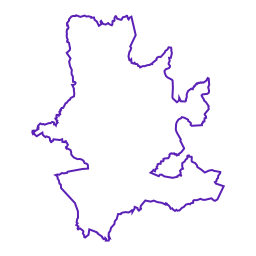 outline of Huehuetlán el Grande, Puebla, Mexico
{"feature_id": "50627088B86745888605421", "entity_name": "Huehuetlán el Grande", "entity_type": "district", "adm_level": 2, "iso_a3": "MEX", "parent_name": "Mexico", "parent_adm1": "Puebla", "projection": "natural_earth1", "projection_center": [-98.149, 18.758], "detail": "fine", "context": "isolated", "style": "outline", "palette": "violet", "viewbox_px": 256, "rotation_deg": 0, "n_neighbors": 0, "source": "geoboundaries", "source_scale": "gbopen_adm2", "svg_char_len": 5755}
<svg xmlns="http://www.w3.org/2000/svg" viewBox="0 0 256 256"><path d="M188.8,155.4L187.5,155.8L187.2,156.4L187.4,157.8L187.0,158.7L185.9,159.3L184.6,161.5L182.3,163.1L182.2,166.6L183.0,168.7L181.3,169.3L180.0,170.9L180.7,172.7L180.4,173.7L181.2,175.4L181.0,175.7L179.4,175.0L177.5,176.0L177.4,176.8L172.7,177.8L164.3,176.4L161.8,174.7L159.9,174.7L158.8,176.2L150.6,172.7L153.1,170.7L153.4,170.0L155.0,171.2L155.6,169.0L157.2,168.4L156.6,166.9L157.5,165.8L157.6,164.3L159.1,163.7L160.6,163.8L161.0,161.4L163.2,161.2L163.6,160.1L163.3,159.1L164.3,158.5L168.3,158.2L169.6,156.1L169.4,154.7L170.3,153.7L171.4,153.3L172.0,153.8L174.0,153.3L174.4,154.1L175.3,154.0L175.4,154.5L176.1,154.2L176.9,155.4L177.8,154.6L178.7,154.9L178.9,153.8L181.1,152.4L183.9,148.9L184.1,148.3L180.3,140.8L180.8,139.5L176.7,132.3L175.8,129.6L176.1,124.1L176.9,121.9L178.5,119.5L180.9,118.3L181.9,117.1L184.5,117.8L188.1,119.7L188.2,120.9L190.6,122.7L190.9,123.6L190.6,124.8L191.7,125.8L201.9,125.2L202.0,123.4L203.0,122.6L203.1,121.6L204.4,121.4L204.6,118.3L206.1,117.8L205.9,116.3L204.7,114.6L204.7,114.0L208.7,109.2L208.4,107.0L208.7,106.2L205.8,102.0L204.1,100.6L203.7,99.1L202.0,96.5L201.6,95.3L202.5,94.4L207.2,93.9L208.5,93.0L209.0,92.0L209.0,90.5L208.2,87.1L209.2,84.9L208.7,78.5L207.8,78.1L207.4,79.6L206.8,79.5L206.5,80.5L203.5,82.6L202.2,82.4L201.5,82.8L200.8,82.4L199.6,83.0L198.8,82.7L197.8,83.5L197.2,83.2L196.7,84.2L196.2,84.0L195.4,84.8L194.9,86.0L193.9,86.4L194.0,86.9L192.9,88.3L192.8,89.2L192.3,89.2L191.8,88.6L190.9,88.9L188.0,91.1L186.7,94.3L186.8,96.7L186.3,98.6L185.8,99.3L186.1,100.1L185.7,101.1L185.1,101.5L180.9,101.3L179.2,97.7L179.0,100.6L176.9,102.2L172.9,98.5L172.4,97.1L172.9,87.8L172.6,80.6L171.9,79.7L167.5,77.4L166.0,76.0L164.8,73.0L164.5,71.1L165.7,69.3L168.9,68.1L170.0,66.8L169.9,65.8L168.7,64.2L168.6,63.4L169.7,60.8L169.1,57.8L170.8,57.8L171.9,53.1L171.2,50.2L171.4,49.5L171.1,47.7L168.6,47.3L167.5,49.5L165.4,50.9L164.8,52.5L160.7,57.0L158.8,56.8L157.1,57.6L156.4,58.9L156.6,59.7L152.3,63.0L152.2,64.1L150.8,64.1L149.5,65.0L147.1,65.2L145.1,66.1L142.8,66.1L140.1,67.4L139.5,66.2L138.1,65.9L138.1,65.2L137.2,64.1L135.5,64.0L134.6,62.8L133.8,63.6L131.5,62.8L131.2,59.4L130.2,60.5L129.4,60.2L128.5,56.3L129.4,51.9L130.3,50.7L131.2,48.0L130.2,46.5L135.7,35.1L131.4,16.7L129.5,17.8L128.6,19.4L128.1,18.8L127.1,15.9L126.6,15.8L125.8,16.5L122.8,17.3L121.5,19.7L120.9,19.8L117.2,18.7L116.1,16.4L115.5,16.2L114.5,18.0L114.5,20.6L113.8,21.2L112.9,20.9L112.5,21.3L112.4,24.3L111.8,25.3L109.4,24.3L108.2,23.1L105.8,24.5L104.0,24.2L102.8,23.6L101.1,20.9L100.6,21.4L101.3,24.1L98.9,25.8L96.8,21.5L94.6,19.8L94.0,17.5L91.3,17.8L91.2,17.0L88.7,16.3L86.4,16.5L84.7,15.6L80.3,16.9L76.6,15.4L75.9,15.4L75.6,16.0L72.9,16.0L71.3,16.6L69.0,19.4L69.0,20.6L67.0,23.1L67.1,25.1L67.6,24.8L68.5,27.5L67.8,29.1L67.1,29.3L66.6,32.0L67.0,33.9L66.7,34.5L66.8,37.5L67.8,39.9L67.0,41.2L67.4,42.1L68.3,42.1L69.0,43.0L70.1,48.7L69.7,50.2L66.7,52.9L70.5,58.4L69.1,61.7L70.1,66.3L71.8,69.9L71.5,72.9L71.7,74.5L72.8,76.2L73.0,81.7L74.8,81.9L75.6,82.9L75.0,84.1L73.7,84.9L72.2,84.9L74.0,88.8L73.8,90.1L74.3,93.4L74.0,96.3L70.7,98.0L69.9,99.7L68.6,100.3L66.6,102.9L65.6,103.2L63.2,107.9L61.6,108.0L61.0,109.0L61.1,109.9L60.1,110.2L60.4,111.6L59.4,112.0L60.2,114.3L59.3,114.6L58.8,115.7L58.0,114.8L56.6,114.9L56.4,116.4L56.9,117.6L55.5,118.4L56.1,119.1L55.9,119.5L57.3,120.6L56.7,121.9L57.6,122.6L56.2,124.1L55.9,125.4L55.3,124.6L54.0,124.4L54.1,123.0L53.7,122.3L52.0,122.0L50.5,123.2L48.9,123.1L44.7,124.7L43.5,124.0L42.0,124.3L40.3,123.5L38.1,125.7L37.9,126.6L38.5,127.1L38.4,128.8L37.4,128.5L37.3,129.7L35.2,130.9L34.1,130.6L33.9,131.4L32.6,130.9L32.3,132.4L33.0,134.1L34.2,133.3L34.2,134.1L36.7,136.2L42.4,132.6L42.8,134.8L44.2,136.2L45.5,137.1L46.3,136.4L49.1,137.3L49.9,138.5L50.0,140.4L51.0,142.1L51.5,142.1L51.8,141.0L53.0,140.8L53.5,139.3L59.8,140.0L62.2,139.3L62.4,141.9L64.6,142.2L65.1,142.2L64.6,141.6L65.8,141.1L67.9,144.7L67.0,146.4L65.9,147.2L66.0,147.8L66.7,148.8L67.7,148.5L70.5,150.1L71.1,151.8L71.3,154.6L73.7,157.4L77.4,159.1L79.9,159.0L82.1,159.7L83.6,160.9L84.5,163.0L86.8,163.8L87.8,164.8L88.1,168.6L82.4,169.0L68.2,171.6L67.5,171.9L67.2,172.8L63.7,173.4L62.0,173.0L59.3,174.7L57.4,174.5L55.6,175.1L56.7,175.7L57.7,177.3L57.6,178.5L58.8,180.3L59.5,183.6L60.8,184.6L61.1,188.1L74.9,203.0L77.9,211.3L78.0,217.8L77.2,219.0L76.6,222.4L77.6,223.3L76.3,225.0L78.4,226.4L77.5,228.6L78.1,229.4L80.0,228.4L83.0,230.7L83.4,231.6L82.9,233.3L84.3,235.7L84.2,236.9L85.1,237.5L88.5,234.8L89.3,229.4L96.5,232.1L96.5,232.4L97.7,233.0L97.8,233.7L102.1,236.6L102.2,237.6L103.1,238.2L103.5,239.1L105.2,238.8L105.3,238.1L106.2,239.1L105.8,240.6L108.6,240.6L109.3,239.3L108.8,237.3L109.6,237.7L108.7,235.6L108.8,232.8L110.2,231.0L111.1,227.7L114.4,224.1L114.8,221.2L116.7,219.0L118.1,214.0L120.6,214.2L121.1,213.9L121.1,213.3L122.5,212.6L125.7,212.1L128.6,212.5L132.0,210.4L132.4,209.4L132.4,212.1L134.5,208.6L134.7,206.9L137.5,208.0L137.7,209.4L138.9,210.6L139.5,209.7L140.7,209.4L141.0,208.6L140.5,208.0L140.8,205.9L145.3,200.5L150.7,201.6L153.7,200.6L157.4,202.1L161.8,202.8L165.3,204.5L165.6,204.6L165.8,203.3L166.9,203.7L167.3,204.7L168.3,205.1L169.8,206.8L170.6,208.7L172.1,208.3L173.1,209.6L175.0,210.9L176.4,209.8L177.4,210.7L179.6,210.3L181.9,207.9L183.9,206.9L185.9,204.6L188.8,203.8L190.0,204.3L191.2,203.1L193.1,202.8L193.2,200.8L193.9,200.2L197.2,200.1L200.5,198.8L202.1,199.6L204.8,199.9L211.4,198.3L213.7,200.3L215.0,200.8L217.4,199.4L223.7,186.2L215.9,183.6L214.9,182.1L216.3,181.4L216.9,178.9L218.0,178.1L218.2,175.8L220.2,173.1L220.3,172.0L213.8,170.8L212.2,170.0L209.0,170.6L204.8,172.5L201.1,169.5L197.3,167.0L197.0,165.4L195.1,163.0L192.2,161.9L191.6,160.8L191.8,157.2L191.5,156.8L189.3,156.7L188.8,155.4Z" fill="none" stroke="#5b21b6" stroke-width="2"/></svg>